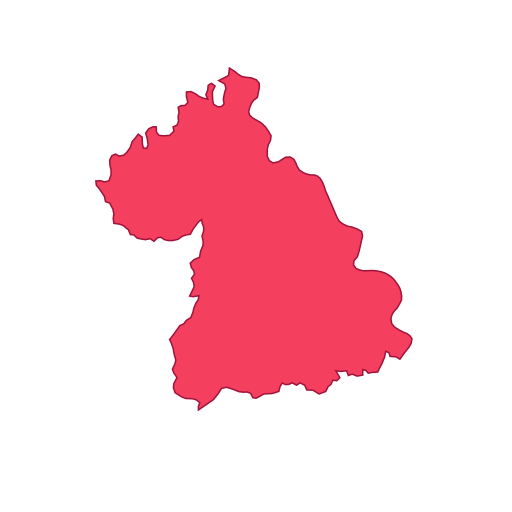 Pinhal da Serra, Rio Grande do Sul, Brazil, rotated 22°
{"feature_id": "56859067B60137678530591", "entity_name": "Pinhal da Serra", "entity_type": "district", "adm_level": 2, "iso_a3": "BRA", "parent_name": "Brazil", "parent_adm1": "Rio Grande do Sul", "projection": "robinson", "projection_center": [-51.231, -27.853], "detail": "fine", "context": "isolated", "style": "filled", "palette": "rose", "viewbox_px": 512, "rotation_deg": 22, "n_neighbors": 0, "source": "geoboundaries", "source_scale": "gbopen_adm2", "svg_char_len": 3775}
<svg xmlns="http://www.w3.org/2000/svg" viewBox="0 0 512 512"><g transform="rotate(22 256 256)"><path d="M197.9,108.6L196.7,102.2L195.9,98.0L194.2,94.6L190.3,92.5L184.7,92.6L180.0,94.0L175.8,94.9L171.3,94.2L167.5,92.9L160.9,91.7L162.0,95.2L162.9,98.8L159.7,102.7L155.7,107.3L159.4,107.8L162.6,108.2L165.3,111.8L165.8,117.0L166.9,122.7L169.4,127.0L168.1,130.3L164.9,131.9L159.9,131.3L157.8,128.3L156.3,125.2L154.0,120.0L154.4,113.7L150.0,112.6L147.7,115.7L149.1,120.3L149.1,125.2L152.5,128.6L147.7,129.5L143.4,129.3L139.2,128.3L134.1,127.9L130.1,129.9L131.6,134.0L135.3,139.2L133.7,143.1L130.3,144.5L128.1,147.3L130.7,151.4L131.6,156.0L133.8,160.5L133.7,164.2L130.8,167.4L133.1,171.1L130.8,176.5L125.3,179.2L120.8,180.5L117.4,178.5L115.0,173.6L111.9,174.9L108.9,178.2L107.6,183.3L111.3,188.1L114.4,193.5L114.2,197.3L111.0,198.0L108.6,194.5L105.9,188.4L101.2,187.1L99.8,192.2L98.4,196.1L98.7,202.8L97.3,208.5L95.4,212.3L91.5,214.6L87.6,214.1L84.8,217.0L84.4,221.9L86.8,226.9L89.3,230.4L91.2,235.0L91.5,241.4L87.8,244.0L83.8,244.4L79.4,246.4L81.4,250.1L86.1,252.7L93.2,257.6L96.0,261.9L100.6,261.8L105.8,266.2L108.5,270.4L109.5,274.6L112.0,279.0L117.5,277.6L121.6,277.5L124.7,278.6L127.8,279.4L131.5,283.2L134.7,282.2L139.3,284.0L144.3,283.0L147.3,282.3L151.5,279.6L155.9,280.6L158.1,275.7L160.9,274.3L165.1,275.1L168.7,274.6L172.8,273.0L177.4,269.8L180.4,265.1L183.8,262.3L187.0,260.5L187.6,254.6L189.0,249.3L190.0,245.8L192.0,242.6L193.9,245.9L196.5,248.6L198.1,252.3L198.4,257.6L201.6,262.4L202.9,266.2L202.8,272.1L204.1,278.3L200.0,282.4L197.7,287.3L200.4,290.9L203.8,293.0L205.8,296.0L204.5,300.8L207.8,303.7L210.2,307.6L209.8,313.5L209.5,318.0L213.0,317.3L217.9,314.2L218.8,318.3L217.9,322.4L217.9,327.8L218.6,331.8L218.6,337.5L215.5,341.8L214.4,346.0L211.5,349.0L210.3,354.0L209.3,358.3L207.2,365.8L209.9,368.3L213.5,372.3L216.7,377.4L220.7,382.7L221.2,386.4L220.9,392.3L223.7,395.3L228.3,398.3L227.6,405.0L228.8,409.2L232.3,413.1L236.2,413.8L240.0,414.5L244.3,414.4L250.8,412.1L254.8,411.8L258.8,413.1L258.9,417.0L260.3,420.3L270.3,405.2L272.3,398.6L273.7,391.6L278.0,388.7L284.5,388.2L291.0,388.2L295.3,387.0L298.6,385.5L302.4,385.3L306.2,388.6L309.4,387.8L312.4,384.3L314.9,381.0L319.0,379.1L322.6,377.4L327.9,373.0L327.2,367.9L327.9,364.0L331.6,364.2L334.6,362.6L337.2,360.0L342.0,360.6L344.4,357.1L349.6,357.6L353.2,361.2L359.0,359.1L366.2,360.3L371.4,355.5L371.8,350.0L373.6,347.0L373.8,342.4L377.7,341.3L379.3,337.4L376.0,334.8L373.0,332.5L378.0,331.2L383.0,328.5L386.4,332.2L389.4,329.5L394.7,329.5L399.6,326.4L397.5,321.3L400.7,320.9L403.9,322.6L407.4,320.4L412.3,318.0L412.6,313.2L413.1,308.3L413.1,301.7L412.0,295.8L415.5,295.8L417.9,298.9L423.7,297.0L428.1,297.8L429.1,293.5L430.3,288.9L432.0,283.2L432.6,279.1L431.6,274.3L428.4,272.2L425.3,271.4L421.5,271.4L416.4,271.0L411.1,270.0L407.1,267.8L404.4,263.1L404.1,259.1L404.9,255.1L406.3,251.5L407.1,246.3L407.4,242.3L406.1,238.7L403.9,235.0L401.2,231.8L398.4,229.6L395.5,227.8L392.7,226.1L389.3,224.7L385.3,223.8L381.7,223.5L378.0,223.7L373.0,224.7L368.2,226.3L364.4,228.1L360.9,229.6L357.0,230.1L353.5,230.1L349.8,227.7L348.6,223.8L350.3,218.8L349.8,212.9L348.8,206.7L348.1,202.6L347.3,197.5L344.7,193.7L339.9,193.0L334.3,193.2L329.5,194.1L324.6,193.7L320.8,192.8L318.1,191.1L315.5,188.7L306.0,179.2L298.9,172.2L296.2,169.7L293.5,166.3L290.2,162.9L286.6,160.1L283.1,158.9L279.7,159.0L276.0,160.5L272.2,161.0L268.6,161.0L263.9,160.0L260.5,157.4L258.2,154.9L254.8,152.1L250.6,151.4L246.6,153.2L244.4,156.1L241.5,160.3L236.9,163.3L232.7,162.6L229.2,159.5L226.5,153.0L225.8,148.2L226.1,143.1L224.9,138.8L220.6,135.5L216.2,132.7L212.8,131.3L209.3,130.3L205.8,129.9L201.3,129.3L197.2,127.7L195.2,125.0L194.6,120.8L194.6,116.5L195.5,112.4L197.9,108.6Z" fill="#f43f5e" stroke="#9f1239" stroke-width="1.5"/></g></svg>